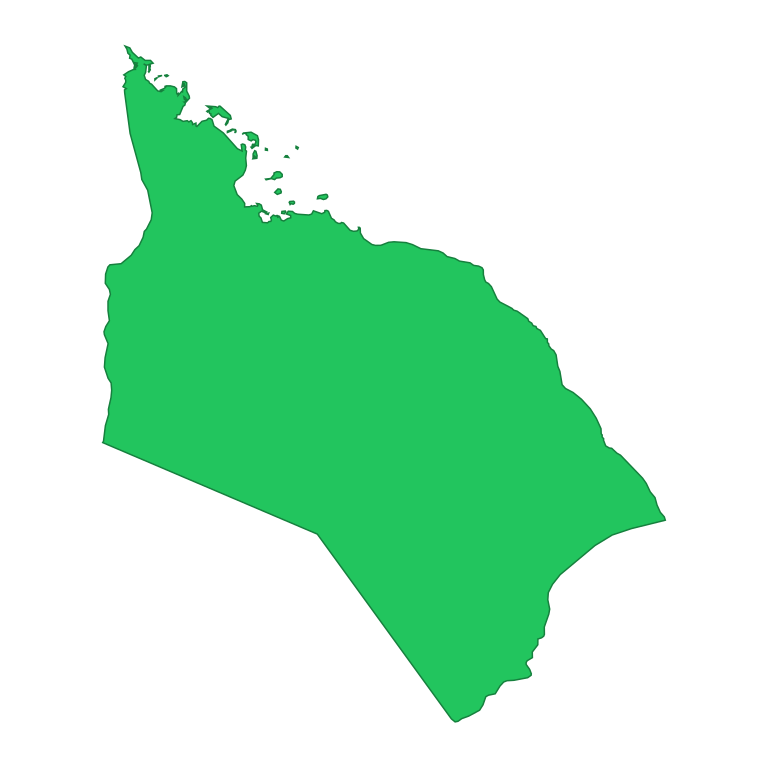 outline of Araeta, Debubawi Keyih Bahri, Eritrea
{"feature_id": "51966322B42999406046920", "entity_name": "Araeta", "entity_type": "district", "adm_level": 2, "iso_a3": "ERI", "parent_name": "Eritrea", "parent_adm1": "Debubawi Keyih Bahri", "projection": "mercator", "projection_center": [40.88, 14.412], "detail": "fine", "context": "isolated", "style": "filled", "palette": "green", "viewbox_px": 768, "rotation_deg": 0, "n_neighbors": 0, "source": "geoboundaries", "source_scale": "gbopen_adm2", "svg_char_len": 6047}
<svg xmlns="http://www.w3.org/2000/svg" viewBox="0 0 768 768"><path d="M665.3,520.2L664.3,516.9L660.3,512.3L657.0,505.0L655.0,497.6L650.2,491.8L646.3,483.5L642.6,478.2L620.5,455.2L616.8,453.1L611.7,448.3L609.3,448.0L605.7,445.9L603.5,440.2L603.7,438.8L602.1,436.9L602.2,435.0L601.2,433.8L601.0,428.7L596.2,418.2L590.4,409.0L581.5,399.3L573.1,392.5L565.5,388.5L562.1,384.7L559.9,371.4L557.8,366.3L556.1,354.9L553.7,350.6L551.2,349.0L548.9,345.8L548.7,343.8L547.4,342.4L547.3,338.9L545.6,338.6L540.4,330.4L536.8,328.5L536.0,326.5L533.1,325.7L531.7,323.1L528.7,321.2L527.8,318.7L517.2,311.2L513.6,310.1L512.0,308.4L499.8,302.0L497.1,299.1L491.4,286.7L488.5,283.5L485.9,282.1L484.7,279.9L483.4,274.7L483.3,269.9L482.0,267.7L478.6,266.1L473.7,265.4L470.0,262.8L459.5,261.1L454.9,258.5L447.1,256.6L443.1,253.0L438.3,250.8L420.9,248.7L412.5,244.6L406.1,242.6L394.0,241.8L388.6,242.3L380.9,245.3L375.5,245.4L371.9,244.5L363.6,238.6L360.4,233.0L360.2,228.2L359.5,227.4L358.4,227.3L358.8,229.3L356.9,231.0L353.4,231.3L350.1,230.3L343.6,223.0L341.4,222.5L340.5,223.5L338.0,223.3L335.4,221.8L334.2,220.0L331.4,218.2L328.4,211.3L326.8,210.4L324.9,210.6L324.7,212.3L321.7,213.7L313.4,210.8L311.7,214.0L308.9,215.0L297.6,214.2L294.7,213.4L292.5,211.5L288.3,211.2L286.4,214.0L290.6,215.5L290.7,217.8L287.6,218.6L283.8,221.0L281.3,220.2L279.5,216.4L277.9,215.8L277.5,216.5L278.3,217.0L277.8,217.3L276.9,215.5L275.7,216.0L273.3,215.1L270.7,217.5L271.4,220.1L270.8,221.4L269.0,221.5L267.6,222.8L262.4,222.4L260.9,217.8L259.2,216.3L258.7,213.3L261.4,211.2L265.7,212.8L266.7,212.0L262.6,209.8L261.3,205.1L259.2,203.8L256.6,203.5L257.8,205.3L257.3,206.3L254.5,205.7L251.9,206.3L251.5,205.7L249.9,206.7L244.6,206.9L244.7,203.4L241.8,199.1L237.2,194.6L233.8,185.6L235.1,181.1L242.9,175.1L245.3,170.2L246.4,165.6L245.7,158.1L246.5,151.2L245.3,150.0L245.7,147.0L244.8,144.7L242.7,144.0L241.2,144.6L242.1,151.0L237.4,148.7L223.3,132.9L214.0,126.1L212.1,119.8L210.4,118.5L208.5,118.3L206.6,120.2L202.0,121.3L196.9,126.5L196.1,126.1L195.9,123.1L192.6,124.5L192.4,122.6L191.0,120.7L188.8,121.9L187.3,120.7L183.0,121.4L180.0,119.6L174.9,118.6L176.6,117.3L177.0,114.8L179.7,114.5L183.1,106.3L184.8,105.2L185.4,102.8L184.3,102.1L185.1,102.0L186.1,100.2L184.4,99.4L183.8,96.7L185.5,97.8L186.4,100.0L187.4,99.1L186.8,100.3L186.8,101.2L189.5,98.2L189.2,96.1L186.7,91.1L186.7,82.8L184.8,81.5L182.9,81.7L181.9,86.9L183.7,86.1L184.1,83.2L185.2,87.1L182.8,89.0L182.5,91.8L181.7,91.4L178.1,95.4L178.2,93.4L177.1,94.0L176.7,93.3L176.5,88.6L174.5,86.9L170.5,85.9L166.3,85.9L164.4,86.6L166.2,86.4L164.3,88.4L159.7,90.4L162.7,90.6L161.1,91.7L157.7,90.9L151.6,84.2L149.6,83.2L148.7,81.3L145.6,79.5L144.2,75.3L145.6,72.4L146.4,65.7L143.6,63.8L146.3,65.2L149.0,64.6L148.9,69.8L149.5,70.0L148.5,71.6L148.9,72.1L150.3,69.8L149.6,67.2L150.3,66.9L150.1,64.1L153.1,63.2L150.5,60.4L145.1,60.4L140.8,57.0L138.4,58.0L132.3,52.3L129.8,47.9L125.1,46.1L126.9,49.1L127.9,53.2L130.1,55.2L129.6,58.2L131.8,59.2L134.2,64.1L135.1,63.8L134.8,62.7L137.3,63.1L136.6,64.4L137.5,65.7L135.7,67.9L136.3,65.4L134.8,64.6L133.9,68.6L134.7,67.7L135.4,69.4L133.5,69.5L128.5,71.7L123.8,74.9L125.8,76.4L124.8,78.3L125.7,80.1L125.7,82.3L123.0,86.7L126.3,88.6L124.5,89.9L124.7,93.0L130.1,133.4L140.8,172.6L141.8,179.5L147.7,190.2L152.2,212.8L151.2,219.8L146.5,229.1L144.3,231.4L143.1,237.3L139.1,245.7L134.9,249.6L131.2,255.3L121.1,263.7L109.9,264.8L107.9,267.0L105.6,274.1L105.3,283.3L109.4,289.5L110.4,294.3L108.0,301.3L108.0,310.7L109.4,320.7L105.8,326.5L104.0,331.7L104.4,334.7L108.1,343.6L105.1,357.7L104.4,367.1L108.1,378.3L111.1,382.9L111.7,390.2L111.0,397.6L108.4,409.3L108.7,414.4L105.4,425.6L103.5,441.2L102.7,442.6L317.3,534.1L451.4,718.9L455.1,721.9L458.0,721.3L461.8,718.6L468.7,716.1L479.6,710.2L483.0,704.8L485.8,696.7L488.5,695.2L495.2,693.8L500.0,686.0L503.7,682.0L507.0,680.7L513.9,680.3L527.7,677.7L531.1,675.3L531.3,673.7L529.7,669.5L526.2,664.5L526.1,662.6L527.2,660.7L532.4,657.6L532.3,652.0L537.8,644.8L537.9,639.0L541.6,637.8L543.7,636.2L544.4,634.4L544.3,627.0L548.8,614.1L549.7,609.1L547.8,599.8L548.3,592.6L552.5,584.3L560.2,574.6L595.0,545.5L612.2,535.0L631.4,528.6L665.3,520.2ZM215.7,106.7L206.9,106.0L209.5,108.1L210.9,107.4L212.0,108.2L206.8,111.3L207.7,112.1L209.1,111.2L209.6,113.5L210.9,113.9L210.8,115.2L213.0,117.4L218.5,113.4L222.2,116.7L228.4,118.4L225.4,124.4L225.9,125.1L227.8,122.8L228.5,119.7L231.2,118.9L230.3,115.4L220.1,106.2L219.1,106.1L217.7,107.6L215.7,106.7ZM251.1,132.2L243.4,133.0L242.3,134.4L243.9,133.2L246.3,133.6L246.2,134.6L248.2,136.3L248.2,139.5L251.2,140.9L252.9,139.6L255.4,140.3L256.0,141.9L254.7,144.6L252.8,144.2L252.2,145.1L254.5,145.8L251.0,147.1L252.0,148.4L255.8,145.5L258.3,145.9L258.5,139.7L257.4,135.7L251.1,132.2ZM266.1,179.8L271.3,178.6L274.6,179.6L276.3,178.1L280.2,177.7L282.2,176.6L282.2,174.3L279.8,171.9L276.8,171.7L274.0,173.0L274.0,174.6L270.7,178.5L265.6,179.1L266.1,179.8ZM326.1,194.3L319.3,195.6L317.9,196.5L317.4,198.8L320.5,198.4L323.4,199.5L326.0,198.8L327.8,196.9L327.3,195.0L326.1,194.3ZM278.0,188.9L274.7,192.4L277.3,194.4L281.0,193.0L281.3,191.7L280.3,189.3L278.0,188.9ZM257.1,155.7L255.9,151.3L254.7,150.7L253.1,153.9L253.1,156.5L254.1,155.8L255.9,157.4L253.3,157.5L252.8,158.8L256.8,158.3L257.1,155.7ZM293.6,201.2L289.8,201.5L289.2,202.3L290.1,204.5L290.8,203.7L293.2,204.2L294.4,203.4L294.5,202.1L293.6,201.2ZM285.3,211.0L281.9,211.4L281.7,213.3L284.3,213.8L285.8,211.9L285.3,211.0ZM288.6,157.5L287.3,155.7L285.7,155.7L284.7,157.0L288.6,157.5ZM235.4,129.6L232.3,129.1L230.1,130.2L235.0,129.8L235.6,132.0L234.4,132.3L235.2,132.5L235.9,131.9L236.0,130.9L235.4,129.6ZM297.6,149.1L298.3,147.5L296.1,146.3L295.9,148.0L297.6,149.1ZM265.4,150.1L267.4,150.4L267.3,149.0L265.5,148.3L265.4,150.1ZM230.9,131.0L229.9,130.4L227.4,131.2L227.4,132.5L230.9,131.0ZM168.2,75.7L167.0,74.8L164.1,75.5L167.4,76.0L165.4,76.4L166.5,76.7L168.2,75.7ZM158.6,76.8L162.1,75.5L157.7,76.1L158.7,76.1L158.6,76.8ZM268.2,214.5L268.7,213.1L266.3,213.9L268.2,214.5ZM154.9,80.0L157.5,77.5L154.9,78.7L154.9,80.0Z" fill="#22c55e" stroke="#15803d" stroke-width="1.5"/></svg>